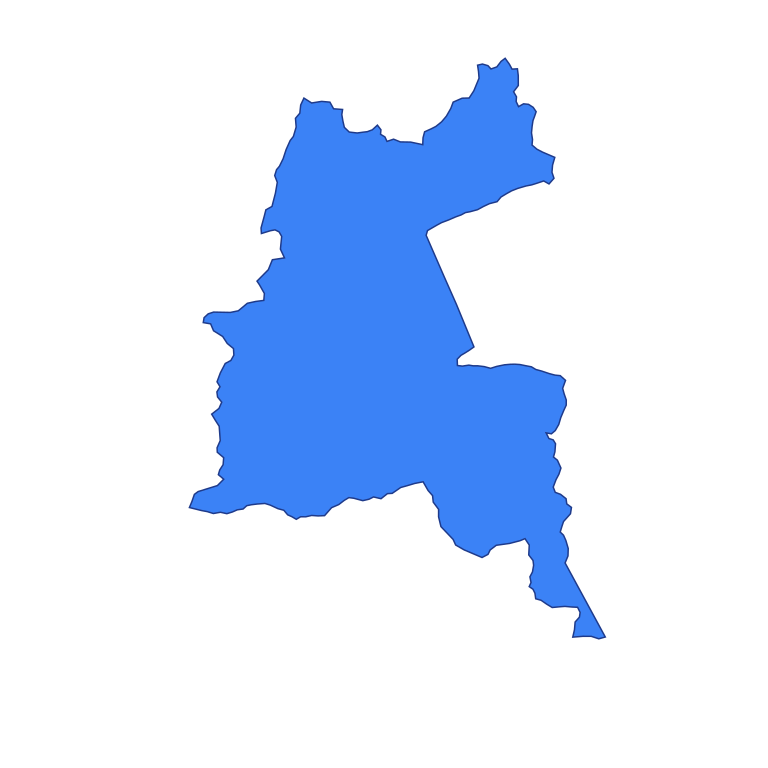 Conceição, Paraíba, Brazil (orthographic projection), rotated 347°
{"feature_id": "56859067B61487364475806", "entity_name": "Conceição", "entity_type": "district", "adm_level": 2, "iso_a3": "BRA", "parent_name": "Brazil", "parent_adm1": "Paraíba", "projection": "orthographic", "projection_center": [-38.514, -7.528], "detail": "fine", "context": "isolated", "style": "filled", "palette": "blue", "viewbox_px": 768, "rotation_deg": 347, "n_neighbors": 0, "source": "geoboundaries", "source_scale": "gbopen_adm2", "svg_char_len": 3833}
<svg xmlns="http://www.w3.org/2000/svg" viewBox="0 0 768 768"><g transform="rotate(347 384 384)"><path d="M166.6,460.6L173.3,464.0L177.6,466.2L183.1,468.6L188.6,471.8L195.8,472.2L201.7,475.0L207.5,474.6L212.7,473.6L218.6,474.1L222.9,471.7L227.5,471.8L233.3,472.4L241.1,473.6L245.9,476.4L252.6,481.6L258.0,484.5L260.7,489.8L264.3,492.5L268.1,496.1L272.9,494.6L277.9,495.8L283.9,495.8L290.1,497.7L296.5,498.9L305.1,492.7L312.8,491.3L319.2,488.4L324.2,486.8L328.8,488.5L337.1,492.9L343.5,492.9L348.4,491.7L355.3,495.1L362.7,491.6L367.4,492.4L377.0,488.6L383.7,488.3L391.6,487.8L400.1,488.1L403.0,497.7L406.2,503.7L405.4,510.2L409.0,518.4L407.3,525.7L407.4,535.8L416.4,551.0L417.6,557.0L424.8,563.7L440.5,575.1L447.0,573.4L450.1,569.6L457.1,566.4L470.6,567.6L481.2,567.3L486.6,566.4L489.3,573.6L486.6,583.1L489.5,589.5L489.0,594.3L486.4,600.5L482.8,604.7L482.6,610.5L479.9,614.1L483.0,617.5L484.0,621.8L483.5,627.4L488.3,630.0L492.9,635.0L497.6,639.6L505.1,640.6L510.3,641.4L516.7,643.5L522.4,645.1L523.7,650.7L522.0,655.1L516.7,658.9L514.3,666.3L511.0,673.1L521.1,674.6L529.2,676.5L536.0,680.6L542.7,680.3L520.2,599.1L524.6,592.9L526.5,585.7L526.0,577.3L524.9,571.7L522.4,567.9L525.3,562.8L528.0,558.4L536.5,552.4L538.9,546.4L535.1,541.9L535.6,536.7L531.2,531.2L526.5,528.1L525.7,522.5L530.1,515.9L534.1,511.3L537.5,505.7L535.8,497.2L532.7,493.3L535.3,488.5L537.7,480.8L536.3,476.5L532.4,474.2L531.0,468.1L535.9,470.2L540.4,467.9L545.2,462.7L548.7,456.5L553.3,450.1L556.8,445.6L558.0,440.6L557.3,433.9L557.1,428.4L561.7,421.3L557.6,415.5L552.6,413.8L547.3,411.0L540.6,406.9L535.2,404.0L531.5,400.4L526.5,398.2L520.8,395.6L515.8,394.1L511.4,393.2L505.7,392.4L497.8,392.2L491.4,392.7L485.6,389.6L479.5,387.4L475.1,386.4L470.9,384.7L464.4,384.2L459.7,382.5L460.9,376.3L465.4,373.4L470.1,371.9L475.2,370.1L480.0,368.1L472.5,322.8L466.8,293.2L458.5,248.6L460.9,244.3L466.4,242.6L471.3,241.1L476.4,239.7L483.8,238.7L491.4,237.3L497.2,236.6L501.9,235.3L506.7,235.5L514.3,235.2L520.8,233.4L527.3,232.0L535.2,231.8L540.1,228.1L546.2,226.1L551.7,224.5L558.3,223.5L566.9,223.0L572.7,223.2L577.9,222.8L585.3,222.1L589.8,226.2L595.9,221.8L595.3,215.5L597.5,208.6L601.4,201.6L595.8,197.5L590.6,193.7L585.8,189.6L582.0,184.5L583.7,179.2L584.2,172.5L586.3,166.2L588.4,160.9L590.9,157.1L593.5,152.9L591.6,148.0L587.7,144.0L583.0,142.4L577.5,144.0L576.3,138.5L577.7,134.0L576.0,128.4L582.0,123.4L584.2,113.7L584.9,106.9L579.6,106.0L578.1,100.6L575.3,93.9L570.6,96.0L565.3,100.4L559.1,101.1L556.9,97.2L551.9,94.4L546.9,94.4L546.4,100.6L545.4,107.4L537.5,118.5L531.3,124.5L524.4,123.1L514.8,124.9L511.1,130.5L505.1,137.0L499.1,141.5L492.5,144.7L487.3,146.0L480.3,147.4L477.4,152.9L475.6,159.5L464.4,154.3L454.4,151.8L448.4,147.6L441.5,148.3L440.5,143.5L436.8,139.9L438.2,135.6L435.8,130.3L429.8,133.7L424.5,134.4L420.0,133.9L414.4,133.4L406.8,130.7L403.1,125.0L403.1,118.7L403.5,112.0L405.4,107.2L396.8,104.5L394.7,97.2L386.8,94.6L376.7,93.9L370.3,87.4L365.6,93.4L362.9,101.2L357.5,105.2L356.2,113.9L351.4,122.4L347.3,125.7L341.4,133.5L336.4,141.8L331.1,148.3L327.5,151.0L324.4,156.3L325.4,163.5L321.1,173.7L314.8,185.8L308.1,187.7L305.0,193.7L299.3,204.3L298.4,209.8L307.8,209.1L312.5,209.3L316.0,212.2L317.5,217.2L313.4,229.3L315.4,238.7L311.0,238.4L303.2,237.8L297.0,246.6L283.4,255.2L285.0,259.4L287.8,268.9L285.7,275.5L277.4,274.7L269.0,274.6L258.5,279.9L250.4,279.7L234.1,275.6L228.5,276.1L223.6,278.9L221.7,283.5L228.6,286.4L229.9,293.8L237.5,301.4L240.4,309.3L245.3,315.6L244.2,322.1L240.1,326.6L233.9,328.3L227.0,336.4L221.8,344.3L223.6,349.8L219.4,354.1L218.9,359.2L221.8,365.2L217.7,370.7L209.3,374.6L211.5,381.4L213.9,388.1L211.7,402.3L207.0,408.6L206.2,413.0L211.2,419.7L209.1,426.4L204.6,430.8L202.2,435.1L206.4,440.7L198.8,445.5L178.7,447.0L174.4,448.9L170.4,455.3L166.6,460.6Z" fill="#3b82f6" stroke="#1e3a8a" stroke-width="1.5"/></g></svg>